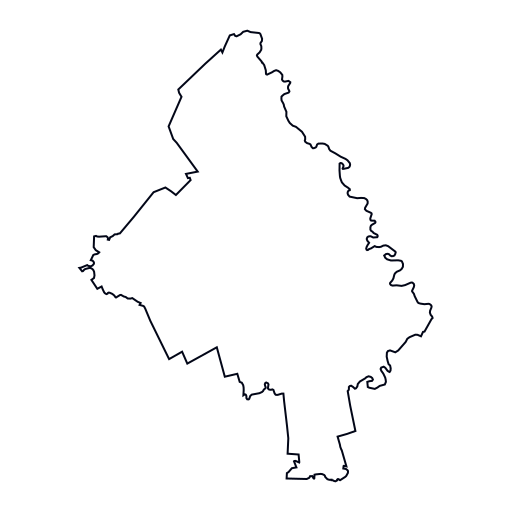 Cornesti, Dâmbovita, Romania
{"feature_id": "2599482B73260439310991", "entity_name": "Cornesti", "entity_type": "district", "adm_level": 2, "iso_a3": "ROU", "parent_name": "Romania", "parent_adm1": "Dâmbovita", "projection": "orthographic", "projection_center": [25.895, 44.77], "detail": "fine", "context": "isolated", "style": "outline", "palette": "ink", "viewbox_px": 512, "rotation_deg": 0, "n_neighbors": 0, "source": "geoboundaries", "source_scale": "gbopen_adm2", "svg_char_len": 6030}
<svg xmlns="http://www.w3.org/2000/svg" viewBox="0 0 512 512"><path d="M355.4,431.0L350.2,405.7L347.7,391.1L348.6,390.1L348.9,389.2L348.9,387.0L349.7,386.1L351.1,385.7L353.1,387.0L354.9,388.7L356.0,388.3L357.3,386.5L357.8,384.0L359.9,381.5L365.3,378.3L366.4,377.2L368.6,376.3L370.8,376.9L372.2,378.0L372.9,379.6L372.0,380.9L369.4,381.2L367.3,381.9L367.8,387.0L369.2,387.7L374.8,388.9L377.5,387.5L379.7,385.9L384.8,384.5L385.9,381.9L385.7,379.8L385.2,377.6L383.3,373.6L381.3,370.8L380.6,369.0L381.2,367.6L383.7,366.7L385.3,367.8L387.6,370.9L389.1,371.8L389.6,372.0L390.5,370.6L390.7,368.4L390.1,365.5L388.6,364.2L387.6,360.9L386.7,356.7L386.9,352.7L387.9,351.1L390.0,350.4L395.3,352.3L398.2,350.5L405.7,341.9L407.3,338.8L409.5,337.2L415.3,334.7L417.5,334.8L421.0,336.3L423.0,331.9L424.5,331.6L431.5,319.1L432.6,318.0L432.1,316.5L430.7,314.9L429.9,312.7L430.1,310.7L431.4,307.6L431.6,306.2L430.9,305.0L429.5,304.0L428.5,303.8L424.4,304.2L420.4,303.6L418.4,303.0L417.5,301.9L414.7,296.2L413.9,293.8L412.1,291.4L412.1,290.7L413.8,287.2L414.2,285.4L413.8,283.9L412.5,282.7L411.9,282.5L410.6,282.7L405.1,285.1L401.6,285.9L396.6,285.3L392.6,285.6L391.0,285.1L390.2,284.2L390.0,283.4L390.2,282.8L392.2,280.6L393.4,278.4L394.3,274.8L394.9,273.5L396.7,271.8L400.1,270.3L401.7,268.9L402.9,266.8L403.0,264.0L401.9,261.4L401.0,260.8L398.1,260.3L391.0,260.5L387.1,259.3L385.2,257.7L384.2,255.5L386.1,254.0L387.8,253.8L389.1,254.3L390.1,255.4L391.5,256.2L393.1,256.1L394.4,255.5L395.2,254.1L395.7,252.2L395.2,251.5L388.2,246.2L385.8,245.3L383.3,245.6L380.9,246.8L379.1,247.1L376.3,246.9L374.7,246.1L371.0,248.4L369.0,249.1L368.1,249.9L367.1,250.1L366.5,249.6L366.2,248.5L366.7,246.8L367.7,244.9L369.1,242.8L367.4,240.8L366.8,239.4L366.8,238.5L367.4,237.2L368.4,236.5L370.1,236.2L371.0,236.4L373.2,237.5L377.2,237.2L377.6,236.6L377.6,235.5L377.2,234.8L373.6,233.0L372.6,231.8L371.0,230.7L370.4,229.6L370.4,227.3L370.9,225.7L371.9,224.8L375.0,223.0L375.4,222.5L375.4,221.7L374.6,220.7L371.2,220.6L370.7,220.3L370.3,219.2L370.3,218.3L371.7,214.1L371.5,213.3L370.7,212.7L366.4,210.8L364.9,209.2L365.1,207.8L367.6,203.5L367.7,201.7L367.2,200.2L366.1,199.1L364.3,198.1L361.1,197.9L357.2,198.2L349.6,196.6L348.0,194.7L347.6,193.2L347.7,192.2L348.1,191.2L348.7,190.6L349.8,190.2L349.8,189.2L348.0,187.7L344.6,185.5L341.9,182.4L341.2,180.7L340.2,177.9L339.9,176.0L339.5,170.4L339.6,163.6L340.5,163.0L341.3,163.1L342.1,163.5L343.0,164.5L343.5,165.4L343.5,166.2L342.6,168.6L342.8,168.9L343.3,168.9L348.1,167.9L349.1,167.2L349.6,166.6L350.0,165.4L350.1,164.5L349.8,163.1L347.5,160.3L345.5,158.9L340.7,156.7L335.4,153.4L330.4,150.7L329.2,149.1L328.5,147.0L327.8,145.8L324.7,143.9L322.3,143.5L318.4,143.6L317.1,144.5L316.3,146.8L315.6,147.5L313.8,148.2L312.8,148.2L311.5,146.8L310.5,144.5L309.6,143.9L307.0,143.1L305.2,141.7L304.8,140.6L305.2,139.2L305.1,136.7L302.0,131.8L295.9,126.8L292.8,125.7L289.8,123.0L288.4,120.8L286.3,116.3L286.4,111.8L284.1,106.5L283.8,104.7L283.2,103.3L281.6,100.5L281.4,98.8L281.5,96.6L282.4,95.7L284.3,94.1L288.6,92.6L289.4,91.5L289.2,90.7L288.1,88.7L288.0,87.0L288.3,85.9L290.2,83.0L290.3,82.2L288.5,80.9L285.0,81.6L283.8,81.5L282.7,80.7L282.0,79.5L282.4,76.6L282.3,74.9L280.3,72.4L278.2,70.9L276.1,70.2L274.0,71.0L272.0,72.3L267.1,74.6L266.3,74.3L266.0,73.9L265.8,70.3L264.2,65.1L262.5,62.7L261.9,62.6L261.7,61.6L257.3,56.5L256.9,55.3L257.3,54.5L259.6,52.4L261.2,49.8L261.4,48.5L261.3,46.2L260.4,44.0L260.5,43.0L261.9,41.0L262.1,38.8L260.4,34.1L259.7,33.3L258.9,33.0L250.6,32.1L247.3,30.7L243.2,31.8L240.6,34.3L236.6,36.3L235.2,35.9L234.0,34.1L229.8,35.4L224.8,46.4L222.4,52.5L220.9,49.6L205.5,63.5L178.3,89.5L179.1,92.8L181.5,96.8L168.6,126.4L173.2,139.0L176.7,142.8L197.7,171.6L186.0,173.9L187.9,178.1L189.8,177.8L190.6,180.1L175.9,195.0L171.1,191.3L165.4,187.5L153.6,192.2L133.7,217.0L119.9,233.4L118.0,233.7L117.5,234.2L114.6,234.4L112.7,236.1L110.2,237.3L109.1,239.9L107.8,239.6L108.1,238.4L107.4,237.1L106.2,236.2L99.0,236.7L97.1,236.5L96.0,235.9L94.1,236.4L93.7,247.2L95.8,250.2L99.2,252.3L98.3,253.3L96.9,254.0L94.6,254.4L93.3,255.0L90.8,260.2L92.6,260.7L93.6,261.8L94.0,262.9L93.9,263.8L92.5,265.5L90.5,266.4L88.1,265.8L87.2,265.1L81.1,267.6L79.4,267.9L82.1,271.3L83.0,271.1L84.2,269.7L85.3,269.0L88.4,268.2L89.5,267.9L91.0,268.2L92.5,269.1L93.4,270.2L94.1,271.8L94.5,275.4L94.0,278.0L91.4,279.9L97.3,288.8L101.6,286.5L102.8,289.5L104.2,292.4L104.9,293.2L106.4,294.1L107.5,293.7L108.0,292.9L108.6,292.6L109.6,292.7L112.1,293.8L113.6,294.9L114.6,295.9L115.2,296.9L116.0,297.5L120.1,295.0L121.0,294.9L123.8,296.5L125.7,297.0L127.7,298.5L130.4,298.6L132.3,298.1L137.7,301.8L140.6,303.0L139.6,304.9L143.1,305.9L144.1,306.5L145.3,308.8L150.3,320.8L169.1,359.1L182.1,351.7L187.3,363.6L216.8,347.3L224.8,376.7L237.3,373.8L239.7,381.9L241.8,382.7L243.2,385.2L243.6,387.4L243.7,390.0L243.4,395.3L244.9,394.3L245.8,394.7L246.4,396.1L246.4,398.1L247.2,399.3L248.6,399.4L249.2,398.9L250.3,395.9L251.8,394.6L259.4,393.2L262.0,392.0L263.1,391.0L263.8,389.6L265.5,388.2L265.7,387.6L265.6,387.0L265.1,385.8L264.8,384.2L265.4,382.9L266.2,382.5L268.0,383.4L268.5,384.4L268.0,387.6L268.0,388.4L268.4,389.0L269.0,389.5L269.9,389.7L271.0,389.8L272.3,389.4L273.4,389.9L274.6,393.4L275.4,394.5L276.0,394.9L277.6,394.9L281.8,393.6L283.4,393.6L284.1,401.1L287.0,425.8L288.3,438.3L287.6,453.7L298.6,454.5L299.3,462.2L299.2,462.5L295.5,460.9L294.3,461.0L294.0,461.3L296.4,467.4L291.9,468.2L288.5,472.1L286.9,473.1L286.6,478.5L306.7,479.0L309.2,477.8L310.2,476.1L311.1,476.3L312.1,476.0L312.8,476.6L313.1,477.7L313.7,478.5L314.1,478.6L314.3,478.4L314.5,474.7L315.8,474.4L320.6,473.9L322.2,474.1L324.2,475.0L324.9,475.8L325.2,476.9L327.4,479.2L329.3,479.8L331.5,479.7L331.5,480.2L332.9,480.3L334.1,481.0L335.5,481.3L337.1,480.4L337.1,479.7L337.7,479.1L338.6,479.1L339.5,480.0L340.1,480.2L345.2,476.9L346.2,476.0L347.9,472.9L348.0,471.1L347.6,470.3L346.0,469.0L343.3,468.5L343.6,466.0L343.9,465.8L346.4,466.4L341.7,450.1L341.4,449.8L340.3,446.9L339.9,444.6L337.6,436.6L346.8,434.0L355.4,431.0Z" fill="none" stroke="#020617" stroke-width="2"/></svg>